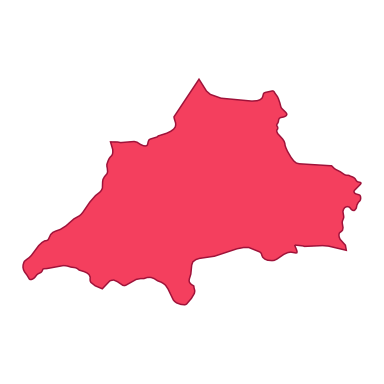 an SVG outline of Jönköping
{"feature_id": "SWE-179", "entity_name": "Jönköping", "entity_type": "County", "adm_level": 1, "iso_a3": "SWE", "parent_name": "Sweden", "parent_adm1": "", "projection": "robinson", "projection_center": [14.478, 57.556], "detail": "fine", "context": "isolated", "style": "filled", "palette": "rose", "viewbox_px": 384, "rotation_deg": 0, "n_neighbors": 0, "source": "natural_earth", "source_scale": "10m", "svg_char_len": 3535}
<svg xmlns="http://www.w3.org/2000/svg" viewBox="0 0 384 384"><path d="M26.6,259.5L29.2,257.6L31.4,255.4L38.7,245.6L42.0,242.5L44.6,240.9L46.5,240.6L47.6,240.2L48.4,239.3L50.7,234.5L52.9,232.4L55.4,231.2L60.4,229.4L65.8,226.0L73.9,218.9L79.6,215.7L81.1,214.4L82.8,212.4L89.9,202.0L95.5,195.6L99.8,192.2L101.3,190.5L102.4,188.2L102.6,181.8L103.0,179.4L104.5,176.7L107.1,173.6L107.6,171.7L107.3,168.3L106.9,166.3L106.9,164.3L108.3,160.3L109.2,158.5L110.3,157.0L111.7,155.6L112.5,154.1L112.8,152.0L112.7,149.4L110.5,141.9L117.6,142.0L120.6,142.6L134.1,141.5L137.0,142.2L140.4,144.4L143.3,145.7L145.4,146.0L146.8,145.6L147.5,144.7L147.8,143.6L148.1,142.1L148.5,140.9L148.9,140.0L149.5,139.5L150.5,139.0L157.0,137.0L157.5,136.6L158.3,135.9L166.8,133.2L170.7,131.3L173.6,129.2L175.2,127.1L175.7,125.0L175.6,123.0L174.3,118.7L174.0,117.1L174.0,116.8L199.0,79.2L206.5,91.1L210.3,94.4L221.0,98.2L251.9,101.1L257.2,100.7L259.9,99.8L261.9,98.3L262.7,96.7L263.5,93.7L264.2,92.9L265.5,92.4L272.4,90.9L273.4,91.1L274.3,92.0L274.8,93.0L277.4,96.6L278.4,98.7L279.8,102.8L280.8,106.6L281.2,107.7L282.2,108.9L285.7,112.3L286.6,113.5L286.8,114.6L286.3,115.5L285.7,116.0L284.8,116.5L283.5,117.0L280.5,117.6L279.4,118.3L278.7,119.5L278.4,121.4L278.0,122.7L276.8,124.5L276.7,125.5L277.6,127.0L277.8,128.0L277.6,129.0L276.8,130.1L276.8,131.6L277.7,133.6L282.6,139.0L284.1,141.3L284.8,143.3L285.1,145.5L285.9,147.8L287.4,151.2L290.9,157.2L293.7,160.9L296.4,163.1L299.4,163.8L331.6,165.8L334.3,168.5L335.8,169.5L340.2,171.7L344.3,174.5L345.8,175.2L348.3,175.3L349.2,175.5L350.0,176.0L352.7,177.0L353.9,177.7L355.0,178.6L356.0,180.2L356.6,181.0L357.6,181.8L360.5,182.5L361.0,183.1L360.5,184.2L354.4,190.4L353.9,191.7L354.6,193.1L355.9,193.9L359.0,194.8L360.0,195.4L360.5,196.5L360.7,198.2L360.4,199.9L359.4,201.4L359.0,201.6L358.6,202.0L357.8,203.3L356.9,205.1L356.3,208.1L355.1,209.8L354.1,210.5L352.9,210.4L351.9,209.9L351.0,209.1L350.2,208.0L349.4,207.2L348.4,206.8L347.3,206.6L346.0,206.9L344.6,207.7L343.5,209.4L342.9,211.6L343.7,216.3L343.7,217.7L342.4,221.1L342.2,222.7L343.0,227.7L342.5,230.2L341.4,231.4L339.6,232.7L339.2,233.5L338.9,235.0L339.2,237.1L340.1,239.3L345.4,245.2L346.3,250.3L328.5,246.1L322.5,245.6L304.5,246.4L302.9,245.9L295.5,245.1L294.8,245.6L296.5,249.7L297.0,251.4L296.9,252.7L296.0,253.0L290.8,252.1L287.7,252.6L283.9,254.3L276.9,259.1L274.1,260.4L271.9,260.6L267.5,260.2L264.7,259.0L262.7,257.2L261.9,255.4L261.3,253.4L259.9,252.0L248.8,247.5L243.6,247.5L236.9,248.8L214.5,256.2L199.4,258.4L195.8,259.6L192.8,261.9L191.7,265.1L190.8,274.1L189.4,278.7L189.1,280.5L189.4,282.2L190.5,283.7L191.7,284.7L193.7,285.9L193.8,286.1L194.0,287.7L194.7,290.4L194.7,291.7L194.3,293.5L191.4,298.4L186.6,304.0L186.1,304.3L185.7,304.5L184.7,304.8L180.8,304.4L176.6,302.9L174.6,301.4L173.3,299.9L168.0,288.9L165.8,285.6L165.2,284.9L163.4,283.5L161.2,282.2L157.6,280.8L154.2,278.6L151.2,277.5L149.4,277.4L147.1,277.5L143.9,278.6L140.5,278.6L136.2,279.4L125.7,285.3L124.4,285.6L122.8,285.3L117.5,281.7L113.7,280.0L111.3,280.4L109.8,280.9L102.3,288.8L95.2,285.8L90.9,282.4L90.2,280.9L90.1,279.2L90.2,277.1L89.0,274.5L86.9,272.9L84.1,271.6L79.2,270.1L77.5,268.7L76.4,268.1L75.3,267.7L71.0,267.1L67.3,266.0L65.4,265.7L63.1,265.6L46.7,268.6L44.4,268.7L43.3,268.9L42.7,269.5L42.4,270.5L41.9,271.3L41.4,272.0L40.6,272.6L38.1,273.8L36.9,274.7L34.8,277.4L33.8,278.3L32.5,279.1L31.0,279.6L29.8,279.4L29.3,279.0L27.1,275.3L24.5,271.8L23.5,269.7L23.0,267.4L23.1,265.0L23.8,262.6L24.4,261.3L26.6,259.5Z" fill="#f43f5e" stroke="#9f1239" stroke-width="1.5"/></svg>